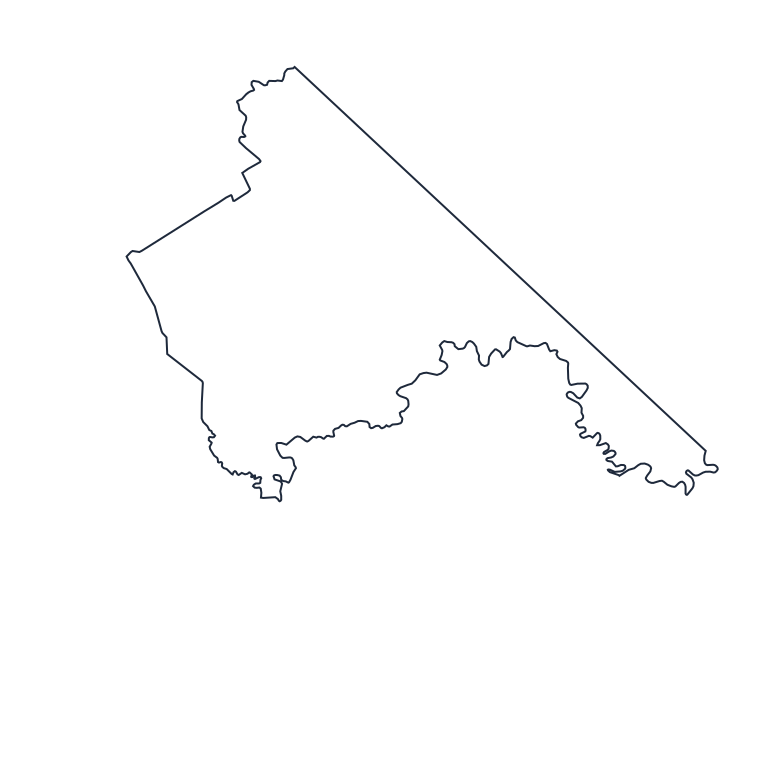 the district of Ixcán, Quiché, Guatemala, rotated 43°
{"feature_id": "79465075B29604867633206", "entity_name": "Ixcán", "entity_type": "district", "adm_level": 2, "iso_a3": "GTM", "parent_name": "Guatemala", "parent_adm1": "Quiché", "projection": "mercator", "projection_center": [-90.715, 15.881], "detail": "fine", "context": "isolated", "style": "outline", "palette": "slate", "viewbox_px": 768, "rotation_deg": 43, "n_neighbors": 0, "source": "geoboundaries", "source_scale": "gbopen_adm2", "svg_char_len": 6138}
<svg xmlns="http://www.w3.org/2000/svg" viewBox="0 0 768 768"><g transform="rotate(43 384 384)"><path d="M115.1,454.3L109.4,458.2L108.9,460.1L108.8,466.3L112.9,467.9L116.6,468.6L140.7,476.3L146.6,478.5L163.5,483.6L185.2,497.0L187.1,497.8L193.1,498.2L205.0,509.9L248.7,506.0L249.8,506.2L250.9,506.9L263.3,521.7L274.1,533.5L277.7,535.1L283.7,535.3L287.6,536.8L289.8,536.1L292.3,537.3L293.8,536.8L295.7,537.0L295.9,538.9L295.0,540.0L292.9,541.4L292.6,541.9L292.8,543.0L294.2,544.6L297.9,544.4L298.4,545.2L299.3,548.8L301.4,550.2L308.6,552.2L312.3,551.8L313.4,552.2L315.9,554.3L316.9,554.0L317.9,552.3L318.8,552.0L319.8,552.4L321.3,554.5L322.5,554.9L324.2,554.8L326.9,553.5L334.0,553.7L335.0,553.4L334.1,551.1L334.4,549.4L335.5,549.1L338.6,550.0L339.8,549.6L340.6,546.0L344.0,544.8L345.4,542.7L345.6,540.8L346.0,540.3L349.1,540.3L349.6,540.6L349.8,542.1L350.2,542.5L350.8,542.3L351.4,541.6L351.4,539.5L352.1,538.9L352.9,539.6L353.7,541.6L354.4,541.5L356.1,537.3L357.3,536.3L358.5,536.7L359.0,538.3L360.9,540.7L360.5,541.9L358.0,544.3L357.5,546.5L357.9,548.0L360.1,548.0L361.8,546.7L363.5,544.7L365.2,544.6L368.5,547.2L371.5,551.0L373.4,549.7L381.7,540.9L384.9,540.5L386.7,541.1L387.7,540.9L388.0,539.9L387.8,538.8L385.1,535.9L381.3,533.2L377.5,526.5L375.8,525.9L374.6,525.9L369.0,528.4L366.1,526.8L365.9,526.0L366.5,524.7L367.8,523.5L370.1,522.2L372.1,522.5L374.0,524.0L374.7,524.1L376.5,523.7L378.6,522.2L381.3,521.4L381.6,520.7L380.9,517.8L377.8,510.1L377.0,505.6L375.8,505.0L373.9,504.7L369.7,501.6L367.4,501.0L365.9,501.4L364.8,502.3L361.4,506.2L360.1,507.2L357.0,507.1L350.3,504.7L346.6,501.6L346.3,499.9L349.1,497.2L354.0,494.9L355.3,484.0L356.4,481.4L358.9,479.8L365.2,479.1L367.0,478.5L367.6,477.2L368.2,470.8L371.2,469.2L371.7,467.7L372.8,466.6L374.2,465.8L376.8,465.4L377.4,465.0L377.6,461.0L379.1,459.5L380.8,458.9L382.6,457.3L383.0,456.3L382.8,455.8L379.6,453.6L378.8,452.6L378.8,450.2L380.7,447.1L380.9,443.7L381.3,442.2L382.5,441.3L384.4,441.3L385.7,440.3L386.8,435.9L388.9,432.4L390.3,428.8L392.3,426.7L397.6,423.0L400.6,423.3L402.8,425.3L404.7,425.1L405.7,423.7L406.6,420.4L408.1,418.6L409.3,418.0L411.7,418.2L412.7,417.8L413.8,415.3L413.9,412.6L416.1,412.1L417.1,411.3L417.8,407.9L421.2,404.2L422.9,401.3L422.8,399.5L421.3,397.1L420.3,396.5L417.9,396.2L415.3,394.4L415.6,392.1L417.0,390.3L417.0,383.9L415.8,382.1L413.2,379.8L411.7,379.2L409.8,379.3L404.2,381.8L402.2,382.2L399.8,382.0L398.8,381.2L398.4,378.0L398.6,375.4L402.0,368.4L404.1,364.8L404.4,359.9L403.5,352.6L405.4,349.1L407.4,346.7L416.6,341.2L418.6,337.3L419.3,331.2L418.7,328.3L417.6,327.3L416.2,326.7L413.2,326.7L409.1,328.4L408.2,328.2L406.4,323.5L404.3,320.1L403.3,319.4L398.5,317.8L398.3,313.9L398.8,311.5L401.7,310.1L404.9,307.4L406.5,306.7L408.4,306.8L410.0,308.1L414.6,307.8L417.5,304.4L418.0,303.0L418.0,301.7L416.7,297.6L416.9,295.0L417.8,293.8L419.9,293.1L422.1,293.1L426.1,293.9L429.5,296.6L434.1,298.4L436.6,301.4L438.6,302.5L442.2,303.3L445.3,302.3L446.6,300.2L446.7,298.1L442.4,292.5L441.6,288.7L441.6,283.0L442.3,282.2L446.5,281.4L448.6,281.7L452.3,283.4L452.6,282.9L452.1,276.7L452.4,274.4L452.3,272.5L447.9,266.9L446.6,264.0L446.8,261.4L448.0,260.8L450.7,262.3L453.0,262.4L462.5,259.2L463.1,258.7L464.5,256.3L468.4,253.6L470.8,251.1L473.0,245.1L474.1,243.8L475.9,243.6L481.3,246.2L483.3,246.6L485.5,243.1L487.6,241.7L488.9,242.1L489.7,244.6L492.7,245.8L495.6,245.7L501.5,242.9L503.9,242.8L504.8,243.4L507.5,246.8L515.2,254.5L518.7,256.9L520.5,257.4L521.6,257.0L525.3,251.8L530.9,246.4L532.2,246.0L534.1,246.3L535.7,247.9L536.5,250.6L537.5,258.5L537.0,261.0L534.6,262.1L528.7,261.7L526.0,262.4L524.9,263.4L524.3,264.8L524.4,266.4L524.8,267.2L526.6,268.3L528.2,268.4L539.0,265.4L542.5,265.8L545.1,266.8L548.0,270.3L551.4,271.5L552.7,273.0L552.9,275.9L551.3,279.0L551.3,282.1L552.3,282.8L555.5,283.1L556.5,282.7L559.5,279.5L560.7,279.1L561.7,279.3L562.9,280.2L563.6,281.4L561.7,286.4L561.9,287.4L563.1,288.1L564.8,288.2L566.9,287.2L569.2,282.2L570.5,281.4L573.2,280.9L573.3,274.7L573.6,274.0L574.7,273.5L576.0,273.6L577.4,274.3L579.8,276.8L580.4,278.7L580.8,281.5L581.6,283.4L583.6,281.5L586.5,275.9L589.0,275.5L590.7,276.0L592.5,278.3L592.5,279.8L591.3,283.6L591.6,284.9L592.3,285.2L593.5,284.2L594.8,279.3L595.7,277.6L597.7,276.2L599.0,276.1L600.5,276.6L601.1,277.4L601.2,280.6L600.2,282.9L598.0,285.8L597.9,287.2L598.3,287.8L599.0,287.9L600.3,287.6L603.7,285.3L609.8,286.1L611.0,284.8L612.5,281.6L614.7,279.7L616.2,279.5L617.4,280.4L618.1,281.4L617.8,284.6L616.6,286.6L612.7,290.9L607.6,292.6L606.3,293.6L606.2,294.1L606.8,294.4L609.3,294.4L618.4,290.3L618.8,290.5L621.5,279.9L624.5,274.9L625.3,269.9L626.2,267.2L628.9,264.4L632.0,263.0L633.8,262.7L635.3,262.7L636.8,263.4L638.4,266.3L638.9,271.4L639.5,274.0L640.0,274.6L641.1,275.0L644.2,275.1L646.9,274.0L648.4,272.7L651.7,267.0L653.2,265.2L655.2,264.7L660.0,264.4L664.0,262.8L666.4,261.3L667.0,260.2L667.2,255.2L667.7,253.3L668.8,252.0L670.9,251.7L672.9,252.3L674.7,253.5L679.2,258.4L680.2,258.8L681.0,258.6L681.3,258.1L680.7,249.9L680.0,247.7L677.9,245.0L674.7,243.3L672.4,242.8L666.3,243.4L665.0,242.6L664.6,241.1L665.0,240.0L665.7,239.6L671.6,239.5L673.7,238.9L674.8,238.0L676.1,236.3L677.8,231.1L679.1,228.8L682.3,225.7L685.4,224.0L686.3,222.9L686.6,221.1L686.3,218.9L685.5,218.1L684.5,217.6L682.4,217.5L681.1,217.8L679.8,218.6L675.8,222.8L674.7,223.3L672.7,223.1L670.1,221.4L667.2,217.8L664.9,213.5L102.4,213.1L102.3,215.0L98.6,219.5L98.7,222.8L99.3,224.9L100.4,226.1L102.5,230.2L102.7,232.1L99.1,234.7L98.0,236.5L93.3,240.6L93.3,242.9L94.4,244.9L93.3,246.7L92.4,247.4L86.3,248.4L81.7,251.4L81.4,253.5L83.1,255.6L87.7,257.0L88.4,257.5L88.3,258.5L86.8,260.9L85.9,263.7L86.0,264.6L85.6,265.3L85.7,272.5L83.8,277.1L84.2,278.0L86.8,278.7L91.5,282.2L99.8,282.1L101.3,282.9L102.9,284.8L105.4,291.6L108.5,296.1L110.0,296.8L113.2,297.1L113.7,297.5L113.2,298.8L111.0,300.6L110.7,301.8L111.1,303.5L112.2,304.8L113.4,305.5L122.2,305.6L139.3,304.7L141.7,305.2L142.0,306.2L137.9,319.2L136.4,326.3L152.8,332.7L153.7,333.7L153.5,336.9L149.7,352.1L148.8,352.8L144.2,350.2L143.3,350.2L141.4,355.3L139.3,364.3L134.9,380.0L116.0,451.8L115.1,454.3Z" fill="none" stroke="#1e293b" stroke-width="2"/></g></svg>